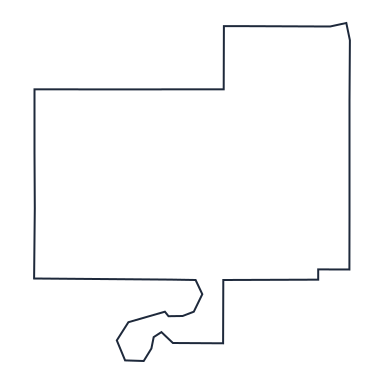 Tallahatchie, Mississippi, United States of America
{"feature_id": "52423323B23057609078581", "entity_name": "Tallahatchie", "entity_type": "district", "adm_level": 2, "iso_a3": "USA", "parent_name": "United States of America", "parent_adm1": "Mississippi", "projection": "mercator", "projection_center": [-90.171, 33.931], "detail": "fine", "context": "isolated", "style": "outline", "palette": "slate", "viewbox_px": 384, "rotation_deg": 0, "n_neighbors": 0, "source": "geoboundaries", "source_scale": "gbopen_adm2", "svg_char_len": 544}
<svg xmlns="http://www.w3.org/2000/svg" viewBox="0 0 384 384"><path d="M346.3,23.0L330.1,26.5L233.7,26.1L223.9,26.1L223.7,89.3L131.4,89.4L99.8,89.4L34.5,89.3L34.5,152.5L34.8,208.3L34.1,278.5L170.8,279.6L195.6,280.0L202.3,294.2L193.8,311.7L182.6,316.0L168.5,316.2L164.9,311.7L128.4,322.2L116.8,340.4L125.1,360.4L143.7,361.0L151.4,348.5L153.7,337.1L161.4,332.1L172.9,343.0L223.1,343.3L223.3,280.0L307.6,279.7L318.2,279.7L318.2,269.4L349.4,269.5L349.5,216.0L349.5,100.4L349.9,40.3L346.3,23.0Z" fill="none" stroke="#1e293b" stroke-width="2"/></svg>